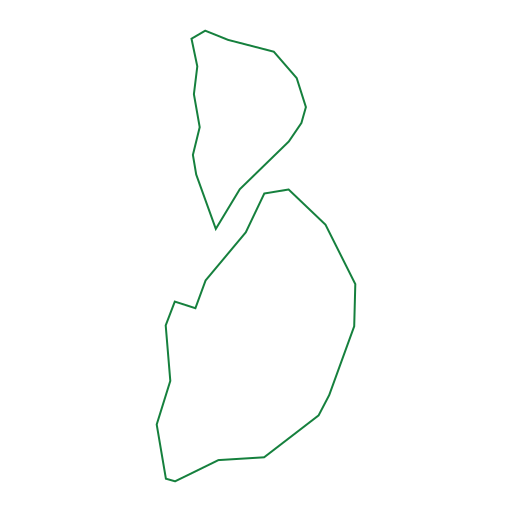 Murillo, Federated States of Micronesia (Natural Earth projection)
{"feature_id": "79324940B22621558301948", "entity_name": "Murillo", "entity_type": "district", "adm_level": 2, "iso_a3": "FSM", "parent_name": "Federated States of Micronesia", "parent_adm1": "", "projection": "natural_earth1", "projection_center": [152.34, 8.694], "detail": "fine", "context": "isolated", "style": "outline", "palette": "green", "viewbox_px": 512, "rotation_deg": 0, "n_neighbors": 0, "source": "geoboundaries", "source_scale": "gbopen_adm2", "svg_char_len": 541}
<svg xmlns="http://www.w3.org/2000/svg" viewBox="0 0 512 512"><path d="M318.6,415.4L329.2,395.1L354.2,326.3L355.3,284.1L325.5,224.7L288.6,189.5L264.3,193.5L245.8,232.3L205.6,280.4L195.4,308.2L174.8,301.6L165.7,325.4L170.3,380.9L156.7,424.5L165.9,478.7L175.1,481.3L218.4,460.1L264.1,457.3L318.6,415.4ZM215.8,228.9L239.8,189.2L288.8,141.5L301.4,123.0L305.9,107.1L296.7,78.1L273.8,51.7L228.1,39.9L205.2,30.7L191.5,38.7L197.3,66.4L193.9,94.2L199.7,127.2L192.9,154.9L196.2,174.5L215.8,228.9Z" fill="none" stroke="#15803d" stroke-width="2"/></svg>